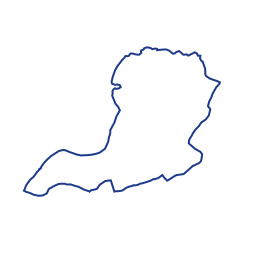 Balanga, Gombe, Nigeria, rotated 18°
{"feature_id": "59680162B30817931145163", "entity_name": "Balanga", "entity_type": "district", "adm_level": 2, "iso_a3": "NGA", "parent_name": "Nigeria", "parent_adm1": "Gombe", "projection": "orthographic", "projection_center": [11.616, 9.82], "detail": "fine", "context": "isolated", "style": "outline", "palette": "blue", "viewbox_px": 256, "rotation_deg": 18, "n_neighbors": 0, "source": "geoboundaries", "source_scale": "gbopen_adm2", "svg_char_len": 2791}
<svg xmlns="http://www.w3.org/2000/svg" viewBox="0 0 256 256"><g transform="rotate(18 128 128)"><path d="M181.6,166.0L188.3,158.0L195.2,154.6L197.7,150.3L201.4,144.0L202.9,142.8L205.2,140.5L206.4,139.4L207.1,138.2L207.6,137.0L207.5,134.9L207.2,133.3L206.7,130.4L206.7,130.1L204.2,128.3L198.2,127.1L190.6,123.9L189.9,121.1L190.0,119.4L190.8,116.3L191.4,112.9L192.5,109.1L194.9,104.1L195.9,100.3L199.2,96.0L201.0,91.2L200.6,86.7L200.5,84.7L197.3,82.5L197.0,77.7L197.7,73.7L197.9,69.3L199.3,62.1L201.2,58.0L201.3,56.2L200.0,56.0L197.5,55.8L196.4,55.8L193.9,55.8L190.1,55.6L186.1,54.4L184.5,52.3L184.3,51.2L184.0,50.2L183.7,49.5L182.9,47.6L180.5,44.4L178.5,41.8L177.8,41.8L176.5,41.1L175.0,39.6L174.7,38.0L174.5,36.9L173.3,37.2L172.8,37.5L172.4,37.7L172.1,37.5L171.5,37.0L171.0,36.0L168.1,35.4L163.0,40.5L161.1,39.9L158.1,41.2L152.8,39.0L151.8,39.8L150.4,40.9L149.5,42.5L147.8,43.5L145.7,42.6L143.1,41.7L140.3,41.5L138.7,41.9L134.9,43.5L131.7,45.0L131.4,43.8L130.5,43.7L128.7,44.4L126.6,45.5L125.2,45.0L122.6,45.1L120.4,45.8L118.7,47.3L118.5,48.7L116.7,50.0L116.5,50.9L117.0,51.7L117.4,52.6L115.9,54.9L113.0,55.6L109.8,55.7L107.5,56.3L106.9,57.5L106.5,59.1L105.4,59.8L103.3,60.4L103.0,62.0L101.3,65.5L99.0,72.0L97.9,76.7L97.8,79.8L97.7,84.5L98.0,87.8L98.0,88.8L98.7,90.0L99.2,90.8L100.5,90.9L102.1,91.0L104.8,89.8L107.4,90.0L108.4,91.4L107.1,93.1L105.0,94.3L103.3,94.3L102.4,95.5L101.8,97.8L102.6,99.4L103.0,102.1L105.3,104.9L108.6,108.8L112.1,110.9L114.8,113.7L114.8,113.8L113.4,120.7L113.4,127.0L111.8,135.5L112.9,139.1L112.7,142.6L113.4,146.9L112.9,152.1L112.8,152.7L112.4,155.1L109.9,158.5L108.8,160.0L106.2,162.0L102.4,164.3L100.3,165.2L99.4,165.7L96.9,166.7L91.7,168.6L89.0,168.9L86.4,169.1L84.3,169.0L79.4,168.9L76.8,168.6L75.0,168.5L72.5,169.2L69.1,171.5L67.8,173.2L65.9,175.4L65.2,176.4L63.3,178.6L62.8,179.8L61.8,181.4L61.1,182.6L59.8,185.2L59.3,186.3L58.3,189.1L57.6,191.2L57.3,193.4L57.2,193.5L57.3,193.5L55.1,197.9L54.4,200.3L54.2,201.0L53.3,203.6L51.2,206.9L50.5,208.9L49.2,212.6L49.0,213.6L48.7,215.9L48.7,217.5L48.4,219.8L50.9,220.2L54.9,220.1L59.0,220.6L63.8,220.1L66.2,219.2L66.9,218.9L68.3,218.0L71.0,215.2L71.3,212.1L71.8,210.0L73.0,209.0L74.6,207.1L77.3,204.4L79.6,202.5L81.6,201.7L85.0,200.6L87.3,200.6L90.8,199.4L92.3,199.4L95.4,199.4L95.7,199.4L99.3,199.2L105.3,200.2L111.0,200.2L111.1,200.3L112.4,198.3L115.5,196.8L117.3,195.3L118.7,190.6L122.8,185.4L127.8,183.1L134.7,192.7L135.3,192.2L138.3,191.1L141.4,189.6L143.3,187.6L144.5,185.7L147.2,183.4L149.1,182.3L151.0,180.7L152.5,180.4L155.2,178.8L156.1,177.9L156.7,177.2L158.7,176.2L160.3,175.1L161.9,173.9L162.6,173.5L164.5,172.1L165.2,171.6L166.8,170.0L168.3,168.5L169.1,168.5L171.8,166.6L172.5,165.8L172.9,165.4L174.8,162.7L175.2,162.1L178.2,164.3L181.6,166.0Z" fill="none" stroke="#1e3a8a" stroke-width="2"/></g></svg>